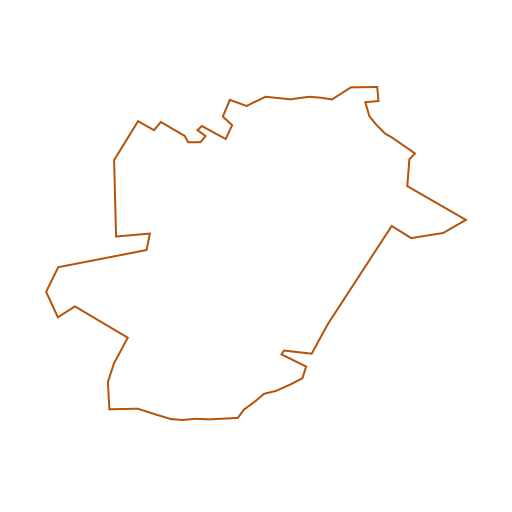 the district of Nam-gu [South District], Busan, South Korea, rotated 85°
{"feature_id": "91817680B11476058556898", "entity_name": "Nam-gu [South District]", "entity_type": "district", "adm_level": 2, "iso_a3": "KOR", "parent_name": "South Korea", "parent_adm1": "Busan", "projection": "mercator", "projection_center": [129.093, 35.125], "detail": "fine", "context": "isolated", "style": "outline", "palette": "amber", "viewbox_px": 512, "rotation_deg": 85, "n_neighbors": 0, "source": "geoboundaries", "source_scale": "gbopen_adm2", "svg_char_len": 958}
<svg xmlns="http://www.w3.org/2000/svg" viewBox="0 0 512 512"><g transform="rotate(85 256 256)"><path d="M238.3,43.8L199.6,99.2L173.1,94.8L167.7,88.7L149.1,111.1L145.3,116.8L134.9,125.3L126.5,130.9L112.3,133.7L112.3,120.5L98.2,120.5L96.3,146.9L106.7,166.7L105.4,171.8L103.9,178.0L102.0,189.3L102.9,208.2L98.2,232.6L105.7,252.4L98.2,268.4L114.2,276.9L123.6,268.4L136.8,276.0L121.8,298.6L125.5,303.3L132.1,295.8L137.8,301.4L136.8,313.7L130.2,316.5L114.2,339.1L121.8,346.6L111.4,361.7L148.1,389.0L224.4,393.7L224.4,359.8L240.5,364.5L249.9,454.0L273.4,468.2L299.8,458.7L290.4,440.8L326.2,390.9L350.7,406.9L368.6,414.5L395.9,415.4L396.8,402.2L397.8,387.2L405.3,369.3L411.0,355.1L412.9,343.8L412.9,330.6L414.7,316.5L415.7,288.2L408.1,281.6L400.6,269.4L394.0,260.0L392.1,247.7L386.5,231.7L381.8,220.4L370.5,215.7L356.3,239.2L352.6,236.4L358.2,209.1L330.0,190.3L237.9,118.2L251.7,99.8L249.4,67.6L238.3,43.8Z" fill="none" stroke="#b45309" stroke-width="2"/></g></svg>